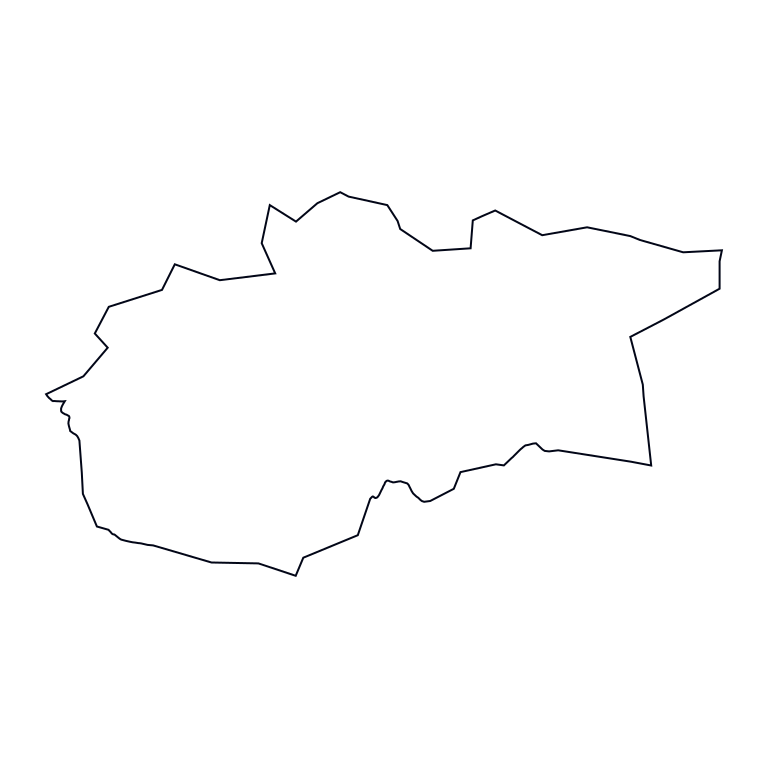 outline of Xangai, Arhangay, Mongolia
{"feature_id": "93677404B76368798827689", "entity_name": "Xangai", "entity_type": "district", "adm_level": 2, "iso_a3": "MNG", "parent_name": "Mongolia", "parent_adm1": "Arhangay", "projection": "equal_earth", "projection_center": [99.272, 47.755], "detail": "fine", "context": "isolated", "style": "outline", "palette": "ink", "viewbox_px": 768, "rotation_deg": 0, "n_neighbors": 0, "source": "geoboundaries", "source_scale": "gbopen_adm2", "svg_char_len": 2371}
<svg xmlns="http://www.w3.org/2000/svg" viewBox="0 0 768 768"><path d="M46.1,394.2L47.3,396.0L49.0,397.9L50.7,399.3L51.7,400.4L53.0,401.1L54.0,401.0L56.5,401.2L61.5,401.4L63.2,401.4L64.8,401.2L63.0,404.2L61.9,406.3L61.1,408.5L61.1,410.5L61.3,411.6L62.0,412.3L62.6,412.8L63.5,413.4L63.8,413.5L65.1,414.3L66.6,414.7L67.9,415.5L68.8,415.9L69.3,416.8L69.5,418.0L69.1,418.9L69.0,420.0L68.6,421.3L68.4,423.5L68.9,425.9L69.5,428.1L69.9,429.4L70.2,431.0L73.4,433.4L74.6,434.0L75.9,434.8L77.2,436.1L78.3,438.0L79.3,440.3L79.4,440.5L81.8,472.7L82.9,493.9L87.5,504.2L96.9,526.5L108.5,529.8L109.5,530.9L110.6,532.0L111.7,533.4L112.3,533.9L113.3,534.4L114.0,534.4L114.3,534.5L114.7,534.7L116.3,536.0L118.5,537.8L119.8,538.8L121.2,539.6L122.7,540.0L125.7,540.8L129.7,541.7L132.7,542.3L135.3,542.6L138.4,543.1L138.8,543.1L141.1,543.4L143.7,544.0L147.6,544.9L153.1,545.4L211.5,562.5L258.4,563.4L295.7,575.8L303.3,557.7L357.8,535.2L370.2,498.8L372.0,496.9L372.6,496.5L373.3,496.6L374.0,497.2L374.8,497.7L374.8,497.8L375.1,497.9L375.3,498.0L375.6,498.0L376.1,497.9L376.9,497.6L377.8,496.8L379.1,495.0L380.3,492.5L381.4,490.2L382.4,488.4L383.2,486.4L384.4,484.4L385.1,482.4L385.9,481.6L386.5,480.9L387.6,480.6L388.5,480.7L390.1,481.5L391.4,481.8L393.0,482.4L394.2,482.3L395.5,482.1L396.8,481.8L397.6,481.7L398.3,481.5L399.5,481.4L400.7,481.3L402.6,482.0L405.9,483.0L407.2,483.4L407.9,484.1L408.8,485.2L409.4,486.6L410.2,488.1L411.6,491.0L413.1,493.4L415.1,495.3L416.5,496.6L418.3,497.8L420.4,499.9L422.0,501.1L423.6,501.6L424.1,501.8L430.2,501.0L453.8,488.8L460.5,472.1L495.9,464.3L503.9,465.4L510.8,458.8L511.2,458.4L513.2,456.7L513.6,456.2L515.2,454.6L517.2,452.6L518.9,450.9L519.8,450.0L521.1,448.8L521.9,448.2L523.2,447.0L525.4,445.4L528.3,444.9L533.0,443.6L536.0,443.3L542.5,449.5L544.7,450.9L549.1,451.4L558.2,450.3L631.6,461.8L632.0,461.9L651.2,465.5L643.6,396.3L642.8,384.6L630.3,336.9L664.0,319.4L719.6,288.7L719.6,261.3L721.9,250.3L683.2,252.3L640.0,240.0L630.6,236.2L630.4,236.1L587.1,227.3L542.2,235.2L520.1,223.6L495.2,210.5L485.7,214.6L481.8,216.3L472.8,220.4L470.6,248.3L438.8,250.4L438.6,250.4L432.7,250.8L400.2,229.0L397.6,221.0L387.3,205.1L348.6,196.6L340.2,192.2L317.4,203.2L296.0,221.6L269.8,205.1L261.7,243.2L275.2,273.4L219.8,280.2L174.8,264.3L162.0,289.9L108.8,306.8L94.8,333.5L107.7,347.7L83.4,376.3L46.1,394.2Z" fill="none" stroke="#020617" stroke-width="2"/></svg>